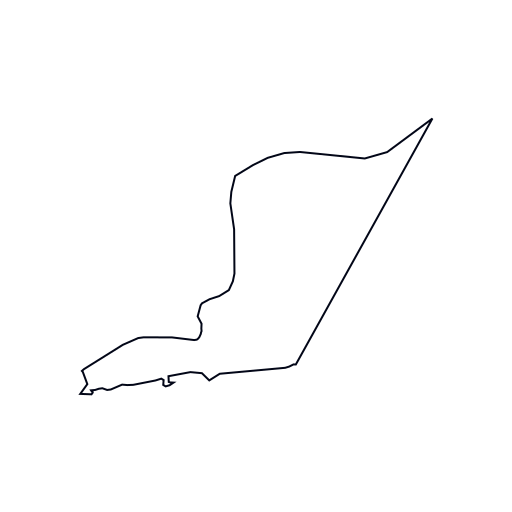 map outline of Al Iskandariyah (Mercator projection), rotated 211°
{"feature_id": "EGY-1543", "entity_name": "Al Iskandariyah", "entity_type": "Governorate", "adm_level": 1, "iso_a3": "EGY", "parent_name": "Egypt", "parent_adm1": "", "projection": "mercator", "projection_center": [29.899, 30.835], "detail": "fine", "context": "isolated", "style": "outline", "palette": "ink", "viewbox_px": 512, "rotation_deg": 211, "n_neighbors": 0, "source": "natural_earth", "source_scale": "10m", "svg_char_len": 997}
<svg xmlns="http://www.w3.org/2000/svg" viewBox="0 0 512 512"><g transform="rotate(211 256 256)"><path d="M166.0,183.5L168.0,182.4L170.6,178.3L173.4,175.2L226.4,136.4L232.0,125.3L242.0,127.7L252.4,122.7L269.1,107.9L265.9,103.1L264.5,103.4L261.5,105.0L263.5,100.7L266.3,97.7L269.1,97.7L271.3,102.1L274.0,102.1L278.1,97.5L294.8,82.4L299.8,79.1L304.5,76.8L311.7,66.8L314.6,64.5L319.6,63.5L322.4,61.2L324.8,58.4L328.2,55.9L327.1,55.4L326.1,55.4L325.6,54.8L325.8,52.7L335.6,47.3L334.6,59.3L344.7,67.4L346.0,67.8L345.2,70.4L324.4,111.3L314.7,125.0L310.6,128.3L286.2,142.9L265.7,152.1L263.9,153.6L263.4,154.3L263.0,155.7L262.8,157.4L263.2,160.8L263.7,162.1L264.0,163.6L265.5,165.7L267.8,169.9L274.9,174.2L278.1,185.3L277.9,187.7L273.5,195.1L266.9,202.7L261.7,212.8L262.8,222.4L265.4,229.8L288.5,267.6L305.1,287.9L310.2,298.3L315.1,313.9L305.4,332.4L296.5,346.2L284.8,358.8L271.9,367.8L213.0,395.6L197.1,412.6L175.6,464.7L166.0,183.8L166.0,183.5Z" fill="none" stroke="#020617" stroke-width="2"/></g></svg>